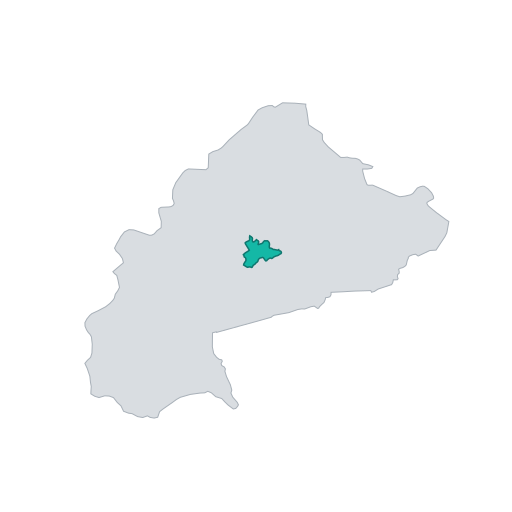 location of Kadiogo within Burkina Faso, rotated 345°
{"feature_id": "BFA-2815", "entity_name": "Kadiogo", "entity_type": "Province", "adm_level": 1, "iso_a3": "BFA", "parent_name": "Burkina Faso", "parent_adm1": "", "projection": "albers", "projection_center": [-1.48, 12.365], "detail": "fine", "context": "in_parent", "style": "filled", "palette": "teal", "viewbox_px": 512, "rotation_deg": 345, "n_neighbors": 0, "source": "natural_earth", "source_scale": "10m", "svg_char_len": 4557}
<svg xmlns="http://www.w3.org/2000/svg" viewBox="0 0 512 512"><g transform="rotate(345 256 256)"><path d="M378.4,318.8L365.6,319.5L361.0,320.9L358.2,320.9L358.1,319.8L357.8,319.1L341.7,315.3L330.5,313.0L319.1,310.5L318.4,312.9L316.8,314.5L314.4,314.6L312.6,314.2L311.5,316.1L309.6,318.5L307.0,319.8L304.4,321.3L303.0,322.6L301.9,322.6L299.3,319.5L295.8,319.2L289.3,319.8L286.4,318.9L282.4,318.5L273.1,319.2L258.0,317.9L255.6,318.6L254.9,319.1L240.1,319.3L223.7,319.4L210.0,319.5L198.1,319.6L198.1,319.0L194.2,318.9L193.8,320.0L190.3,332.5L189.9,339.3L191.7,343.6L193.7,346.3L196.0,347.4L196.2,348.9L194.4,350.9L194.5,352.9L196.6,355.0L197.2,357.1L196.1,359.4L196.3,364.9L197.9,373.7L197.9,379.3L196.3,381.9L197.0,386.3L200.0,392.5L200.5,395.2L199.4,396.4L197.0,398.0L194.5,397.9L191.6,394.2L190.3,392.5L188.0,388.6L186.0,384.8L183.3,383.1L180.7,381.5L177.5,376.6L174.4,374.2L171.1,374.9L166.4,373.9L156.7,372.7L146.3,372.9L142.0,374.0L137.7,375.7L126.9,379.6L122.6,381.4L119.3,386.3L115.7,386.2L112.0,384.5L109.7,382.3L104.8,382.7L100.1,380.5L95.5,376.2L92.2,374.8L87.9,371.7L86.8,365.8L84.1,361.6L81.7,355.9L78.0,353.3L73.7,351.9L67.7,352.1L63.9,349.7L60.8,346.4L61.7,343.5L63.1,339.4L63.4,335.4L64.4,329.1L63.9,321.0L62.9,315.4L66.2,313.1L70.0,311.1L72.4,307.3L75.0,298.8L76.1,291.5L75.4,288.7L74.2,286.5L73.2,283.3L72.7,279.5L73.5,276.1L76.4,273.0L80.0,270.4L82.5,269.2L89.3,268.0L97.7,266.1L102.6,264.0L106.2,261.8L108.2,260.1L110.2,256.5L113.5,253.8L116.0,251.0L116.5,243.2L116.5,238.7L114.7,236.3L113.7,234.1L126.2,228.2L126.3,223.9L124.6,219.0L122.2,215.1L121.4,211.8L124.8,207.9L127.9,204.9L130.2,202.4L135.1,198.7L140.2,197.7L144.7,199.2L158.3,208.3L160.6,208.9L163.4,208.3L167.0,205.9L171.7,204.1L173.5,198.0L173.3,189.2L174.4,185.1L176.9,184.4L184.7,186.1L186.7,186.3L189.0,185.7L190.6,184.1L190.6,181.3L190.2,178.7L192.8,170.5L197.5,164.4L206.9,156.7L209.8,155.1L213.2,154.4L230.0,159.7L232.7,158.4L236.8,145.3L241.4,144.0L246.8,143.8L250.4,142.7L252.2,141.8L260.2,136.8L274.2,130.0L281.8,127.0L283.3,125.9L288.7,121.1L295.8,115.5L300.4,114.4L306.7,114.0L310.7,114.9L311.8,116.5L313.1,117.3L321.3,114.9L333.2,118.5L343.4,122.2L342.7,124.5L342.7,128.6L341.9,135.2L340.9,143.0L345.2,148.0L350.3,153.4L351.6,155.6L350.3,160.9L351.3,164.1L354.0,169.3L358.6,175.9L363.3,182.7L366.6,183.6L369.7,184.1L371.6,185.3L374.3,186.5L377.1,187.3L379.4,188.7L381.0,190.2L383.0,194.4L388.3,197.1L392.0,199.9L390.5,201.3L385.9,200.8L381.6,199.6L381.0,201.6L380.9,209.4L381.7,215.8L382.7,216.7L387.1,217.8L397.5,226.1L407.0,233.9L410.2,236.0L415.4,236.7L421.3,236.9L423.8,236.2L429.4,232.1L432.4,231.6L435.1,231.7L436.6,232.3L439.4,235.5L442.0,240.4L442.8,244.1L442.6,246.0L441.7,246.8L437.1,247.8L435.1,248.5L434.6,249.6L435.3,252.0L436.3,253.6L441.4,260.7L448.9,270.1L451.2,272.6L449.9,275.4L446.3,283.0L443.6,286.1L431.4,296.9L425.3,295.7L412.6,298.0L410.7,295.6L407.8,295.3L404.1,295.8L402.8,296.7L402.4,297.8L401.1,299.2L398.8,303.5L397.0,304.6L394.7,305.2L392.0,305.2L390.3,305.7L390.3,307.8L389.9,309.6L388.0,310.6L387.2,312.6L387.4,314.6L386.3,315.5L383.9,315.0L382.5,314.5L381.2,317.1L379.5,318.8L378.4,318.8Z" fill="#d9dde1" stroke="#a8b0b8" stroke-width="1"/><path d="M279.6,255.7L279.7,256.6L280.0,257.1L280.4,257.3L280.7,257.4L281.0,257.6L281.3,258.1L281.4,258.4L281.4,259.5L280.7,260.2L279.2,260.5L278.0,261.0L277.0,261.2L275.0,261.2L272.8,261.6L271.4,262.3L270.6,262.5L269.4,261.7L268.4,261.7L267.1,262.1L266.1,262.6L265.1,263.3L264.2,263.3L263.7,262.5L262.7,259.6L261.9,259.0L261.2,259.1L260.7,259.1L260.0,259.0L259.1,259.1L257.9,259.6L257.1,260.4L256.4,261.6L255.5,262.2L254.3,262.6L253.1,263.5L252.0,263.9L251.0,264.2L249.3,265.9L248.7,265.9L247.8,265.2L246.8,264.8L246.4,264.8L244.9,264.7L244.1,264.1L241.7,261.5L242.2,260.5L243.6,259.1L244.7,258.2L245.2,257.6L245.4,256.7L245.5,255.7L245.3,254.8L244.4,253.9L244.4,253.0L244.5,252.0L244.1,251.5L244.5,251.2L246.5,250.2L249.5,249.3L251.0,248.7L250.8,247.8L248.9,241.3L249.0,240.4L249.6,240.1L250.6,239.8L252.1,239.5L252.9,239.5L253.9,238.9L254.3,237.8L254.5,236.6L254.9,235.5L255.2,234.9L255.6,235.3L256.4,236.2L257.1,237.4L257.1,238.4L256.6,239.4L256.4,240.6L256.7,241.6L257.5,241.8L258.8,241.4L260.0,240.7L260.7,240.3L261.5,241.4L262.1,242.0L262.3,243.0L262.0,243.7L261.1,245.1L261.0,245.3L261.2,245.6L265.0,245.4L266.0,245.0L267.0,244.0L267.8,243.7L268.4,243.5L269.0,243.8L271.1,244.3L271.8,245.4L272.2,246.8L272.1,248.1L271.3,250.2L271.1,251.1L271.2,251.9L271.8,252.0L273.2,252.8L274.4,254.2L275.1,254.3L278.4,256.0L279.6,255.7Z" fill="#14b8a6" stroke="#0f766e" stroke-width="1.5"/></g></svg>